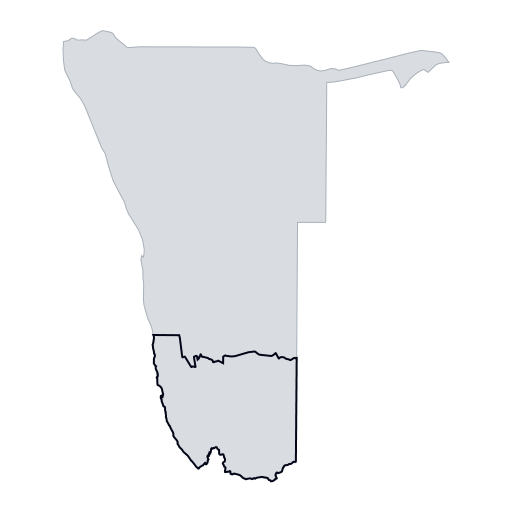 Karas on a map of Namibia (Equal Earth projection)
{"feature_id": "NAM-3338", "entity_name": "Karas", "entity_type": "Region", "adm_level": 1, "iso_a3": "NAM", "parent_name": "Namibia", "parent_adm1": "", "projection": "equal_earth", "projection_center": [17.311, -26.98], "detail": "fine", "context": "in_parent", "style": "outline", "palette": "ink", "viewbox_px": 512, "rotation_deg": 0, "n_neighbors": 0, "source": "natural_earth", "source_scale": "10m", "svg_char_len": 8720}
<svg xmlns="http://www.w3.org/2000/svg" viewBox="0 0 512 512"><path d="M395.5,56.5L401.6,54.9L407.5,53.4L414.3,51.9L419.7,50.7L421.1,50.4L434.1,51.8L439.8,52.8L441.8,53.8L444.3,56.3L449.0,62.4L447.8,62.2L439.0,63.5L435.6,65.1L428.1,72.3L426.5,71.4L424.7,69.9L423.2,69.5L419.9,71.2L416.6,73.3L413.0,76.2L410.0,79.1L409.0,80.6L404.3,86.5L402.7,87.5L401.4,87.9L400.8,87.6L400.3,85.1L397.5,79.1L393.0,71.3L391.7,70.6L390.8,70.3L387.3,70.7L377.4,72.9L369.1,74.7L356.3,77.9L342.5,80.5L334.1,82.0L326.7,82.5L326.7,90.2L326.6,105.8L326.5,121.3L326.4,136.9L326.2,152.4L326.1,167.9L326.0,183.3L325.9,198.8L325.8,214.2L325.7,220.9L325.5,222.4L321.3,222.4L311.9,222.4L303.9,222.4L297.5,222.4L297.5,231.5L297.4,242.3L297.3,253.1L297.3,263.9L297.2,274.7L297.1,285.4L297.1,296.2L297.0,306.9L296.9,317.6L296.9,325.7L296.9,326.6L296.8,342.3L296.6,358.9L296.5,375.4L296.4,391.9L296.2,408.3L296.1,424.8L296.0,441.1L295.8,457.5L295.8,462.7L293.0,462.6L287.3,464.6L283.7,467.2L282.1,470.4L280.0,472.3L277.4,473.0L276.2,474.6L276.5,477.2L275.5,479.2L273.2,480.5L269.5,480.1L264.4,478.0L257.8,477.5L249.9,478.6L244.2,478.1L240.7,475.9L237.0,474.6L233.1,474.3L230.8,473.4L226.2,471.7L225.3,468.9L224.8,466.8L223.5,464.5L223.3,462.7L224.4,461.3L224.5,459.1L223.8,456.0L222.5,454.5L220.7,454.6L219.5,453.4L219.1,451.0L218.0,449.1L215.4,447.2L212.1,448.6L210.5,450.8L209.5,454.1L208.7,455.8L208.3,458.6L208.1,460.6L207.2,462.7L206.3,463.6L205.4,463.2L203.7,464.0L199.8,467.1L198.8,468.8L195.7,465.8L186.6,454.6L183.4,451.7L178.6,444.8L168.1,423.5L166.6,419.4L164.6,409.0L162.2,401.4L161.9,396.9L163.0,394.4L162.3,391.0L161.1,388.0L157.5,384.0L156.4,370.6L154.0,362.0L154.4,354.9L153.2,348.3L153.1,344.2L153.6,336.2L151.6,327.1L147.6,318.1L144.0,305.2L143.4,299.5L143.7,284.2L143.0,278.0L142.9,270.6L141.5,263.0L140.9,258.9L141.8,255.6L142.4,256.6L143.5,257.1L144.1,252.7L144.2,248.9L142.4,239.3L138.4,229.5L128.4,213.6L126.0,207.5L124.6,202.5L113.4,181.4L108.6,166.5L105.2,153.6L101.6,147.7L84.6,105.7L80.8,99.0L74.1,91.0L72.5,88.3L69.9,80.6L64.8,70.4L63.5,60.8L63.0,49.9L63.6,41.5L68.1,40.7L71.3,38.4L74.1,38.3L77.0,40.0L80.0,40.1L81.1,39.9L86.5,40.1L89.6,38.1L93.2,36.1L95.3,34.4L98.3,32.6L102.2,30.7L104.5,30.9L107.2,31.6L110.9,32.3L113.0,33.5L115.4,37.4L119.2,40.9L122.0,43.0L125.3,45.8L126.2,46.9L127.6,47.5L128.5,47.6L134.4,47.2L139.8,46.8L145.6,46.8L156.5,46.9L167.5,46.9L178.4,46.9L189.3,46.9L200.2,47.0L211.1,47.0L222.0,47.0L233.0,47.0L237.4,47.0L245.2,47.2L253.4,47.3L254.3,47.5L255.2,48.2L256.0,48.9L258.9,53.8L262.6,58.9L265.6,61.3L269.3,62.8L272.8,63.3L276.0,63.0L281.3,63.6L288.8,65.3L296.6,65.7L304.6,65.1L310.3,66.0L313.5,68.5L316.9,70.2L320.3,71.0L324.9,70.5L330.8,68.6L335.7,68.9L338.0,70.3L339.4,70.3L348.0,68.3L354.9,66.7L365.3,64.1L373.9,61.9L386.6,58.8L395.5,56.5Z" fill="#d9dde1" stroke="#a8b0b8" stroke-width="1"/><path d="M220.7,454.8L219.8,454.6L219.2,453.8L219.1,452.0L219.1,451.2L219.1,450.4L218.9,449.7L218.2,449.5L217.7,449.2L217.3,448.5L217.0,447.8L216.6,447.2L216.3,447.1L216.0,447.1L215.5,447.2L215.2,447.4L214.2,448.2L213.5,448.0L213.2,448.1L212.8,448.6L212.5,448.8L212.2,448.7L211.9,448.3L211.7,448.2L211.5,448.4L211.1,449.0L210.8,452.0L210.6,452.4L210.4,452.4L209.8,452.3L209.7,452.2L209.4,452.3L209.4,452.5L209.5,452.7L209.9,453.4L210.0,453.7L209.5,453.8L209.0,453.8L208.8,453.9L208.7,454.3L208.8,454.5L209.0,454.9L209.1,455.3L209.1,455.8L208.8,456.0L208.6,455.9L208.3,455.7L208.0,455.6L207.6,455.8L207.4,456.5L207.5,457.2L207.7,457.8L208.3,458.9L208.5,459.5L208.2,459.8L207.8,460.2L207.7,460.9L207.7,461.7L207.6,462.3L207.3,463.0L206.8,463.8L206.2,464.3L205.8,464.2L205.7,463.9L205.6,463.4L205.5,463.0L205.2,462.8L204.9,463.0L202.9,465.4L201.8,465.8L201.1,466.3L200.3,466.8L199.8,467.1L199.3,467.6L199.1,468.1L198.7,468.5L198.0,468.4L197.7,468.1L196.0,466.5L195.1,465.3L194.7,464.6L191.8,461.1L191.3,460.9L191.1,460.6L189.4,458.0L187.6,455.5L184.0,452.4L183.2,451.5L181.8,449.4L179.8,447.5L179.4,447.0L178.6,445.4L177.7,444.2L177.5,443.6L177.7,442.8L177.7,442.5L177.4,441.3L176.6,440.1L173.8,436.8L173.5,436.2L173.3,435.3L173.3,433.4L173.3,433.1L173.1,432.6L170.4,427.6L170.0,426.4L169.7,425.8L169.2,425.5L169.0,425.2L168.1,423.3L167.0,421.5L166.8,421.1L166.4,418.2L166.3,417.9L166.1,417.6L165.9,417.3L165.9,416.8L166.0,415.3L165.6,412.9L165.8,412.4L165.3,411.0L165.1,410.3L165.0,409.5L165.1,407.9L164.9,407.2L164.5,406.6L164.3,406.5L163.8,406.4L163.5,406.3L163.5,406.2L163.3,405.8L163.1,405.4L162.9,404.6L162.7,403.9L161.8,401.7L161.6,401.1L161.7,400.1L161.4,399.3L161.0,398.6L160.8,398.0L160.7,397.1L160.8,396.4L161.0,395.8L161.4,395.6L161.7,395.6L162.0,395.4L162.3,395.8L162.3,397.2L162.5,397.2L162.6,396.5L163.1,394.5L163.2,394.1L163.0,393.7L162.4,391.4L162.0,389.2L161.4,387.8L160.4,386.6L159.4,385.8L157.7,385.0L157.5,384.6L157.3,381.7L157.3,378.9L156.8,377.9L156.7,377.6L156.8,377.2L157.0,377.2L157.2,377.3L157.4,377.1L157.8,376.0L157.8,374.4L157.5,372.8L157.0,371.5L155.8,369.0L155.6,367.8L156.0,366.4L155.8,366.4L154.4,364.4L153.9,363.4L153.8,363.0L153.8,362.7L153.9,362.1L153.9,359.2L154.0,358.4L154.8,356.5L154.9,355.9L154.9,355.0L154.7,354.3L154.1,353.6L154.0,352.6L153.8,350.9L153.1,348.6L153.0,346.9L152.7,345.5L152.6,344.8L153.5,342.0L153.4,341.6L153.9,338.9L154.0,337.4L153.7,335.9L153.3,335.0L179.2,335.2L179.9,338.2L182.2,356.6L182.3,356.9L182.4,357.2L182.7,357.3L183.0,357.2L184.0,356.8L184.4,356.7L184.8,356.7L185.1,357.0L185.3,357.3L191.0,366.6L191.4,367.0L191.7,367.0L192.1,366.8L192.4,366.5L193.0,366.5L193.7,366.5L194.9,367.0L195.3,367.0L195.5,366.8L194.0,357.5L194.0,357.1L194.0,356.8L194.3,356.6L194.6,356.5L196.0,355.9L196.3,355.9L196.6,356.0L196.9,356.3L197.2,356.5L197.4,356.8L197.4,357.0L197.2,357.5L197.2,357.8L197.6,359.6L198.8,358.5L199.2,357.8L200.3,355.0L200.6,354.4L200.8,354.4L201.1,354.8L201.7,356.3L202.0,356.7L202.2,356.9L202.5,356.9L203.0,356.8L207.9,358.0L208.1,358.2L208.6,358.5L209.3,359.1L210.5,359.2L211.7,359.8L212.5,360.4L212.8,360.7L212.9,361.2L212.9,361.6L213.0,362.0L213.7,362.2L215.8,361.4L216.6,361.4L218.1,360.7L218.5,360.8L223.1,363.2L223.2,356.7L223.8,356.2L224.6,355.9L225.1,355.5L225.3,355.4L225.5,355.5L225.8,355.7L226.2,355.8L231.5,356.5L235.2,356.1L248.6,352.2L254.8,351.5L256.7,352.8L257.3,353.4L259.4,354.7L271.6,356.0L272.0,355.8L274.5,354.2L275.1,353.5L275.3,353.3L275.6,353.1L275.8,353.3L276.0,353.5L278.4,358.0L278.7,358.4L278.9,358.5L279.3,358.2L280.1,357.4L280.4,357.3L281.1,357.1L282.4,357.1L283.9,357.4L284.6,357.7L285.3,358.3L285.7,358.6L286.1,358.8L288.8,359.4L290.0,360.0L290.3,360.1L290.9,359.9L294.0,358.0L294.5,357.9L295.0,357.9L295.4,358.3L296.7,358.0L296.7,359.6L296.7,361.7L296.6,363.8L296.6,365.9L296.6,368.0L296.6,370.0L296.6,372.1L296.6,374.2L296.6,376.3L296.5,378.4L296.5,380.4L296.5,382.5L296.5,384.6L296.5,386.7L296.5,388.8L296.4,390.8L296.4,392.9L296.4,395.0L296.4,397.1L296.4,399.1L296.4,401.2L296.3,403.3L296.3,405.4L296.3,407.4L296.3,409.5L296.3,411.6L296.3,413.6L296.2,415.7L296.2,417.8L296.2,419.9L296.2,421.9L296.2,424.0L296.2,426.1L296.2,428.1L296.1,430.2L296.1,432.3L296.1,434.3L296.1,436.4L296.1,438.5L296.0,440.5L296.0,442.6L296.0,444.6L296.0,446.7L296.0,448.8L296.0,450.8L296.0,452.9L295.9,454.9L295.9,457.0L295.9,459.1L295.9,460.5L295.8,461.6L295.0,461.9L294.7,461.9L293.8,461.8L293.5,461.8L292.8,462.3L291.5,463.6L290.7,463.9L289.4,464.0L288.8,464.2L288.2,464.7L287.7,465.0L285.0,465.3L284.7,465.4L284.5,465.6L284.3,465.8L284.1,466.1L283.9,466.5L283.7,466.8L283.5,467.5L283.3,467.6L283.0,467.7L282.9,468.0L282.1,471.0L281.8,471.5L281.3,472.0L280.7,472.3L278.5,473.0L278.1,473.2L277.8,473.1L277.2,472.5L276.8,472.5L276.4,472.9L276.1,473.3L275.6,474.4L275.5,475.2L275.7,476.0L276.7,478.0L276.7,478.5L276.4,478.7L275.5,478.8L275.3,478.9L275.0,479.5L274.8,479.8L273.2,480.8L272.1,481.2L271.0,481.3L270.5,480.6L270.4,480.4L270.1,480.3L269.1,480.1L268.7,479.7L268.0,478.4L267.5,477.9L261.8,476.9L256.5,477.8L255.5,478.5L255.0,478.7L254.8,478.6L254.5,478.2L254.4,478.2L254.2,478.2L254.0,478.4L253.8,478.4L253.3,478.5L253.0,478.6L252.8,478.8L252.3,479.1L251.6,478.9L250.4,478.4L249.8,478.4L247.4,478.8L246.4,479.2L245.9,479.2L243.6,478.2L242.6,477.6L240.9,475.9L240.0,475.3L239.0,474.8L234.4,473.6L233.5,473.7L233.2,473.8L232.7,474.3L232.4,474.4L232.1,474.4L231.2,474.1L230.6,473.8L230.5,473.1L230.5,472.2L230.3,471.4L229.9,471.1L229.5,471.2L228.9,471.5L228.4,471.6L227.2,471.8L226.0,472.1L225.0,471.9L225.0,470.8L225.3,469.3L225.5,467.9L225.2,467.1L224.2,466.6L224.0,466.0L223.8,465.2L223.0,464.0L222.8,463.4L222.9,462.8L223.3,462.4L223.8,462.0L224.2,461.8L224.7,461.5L224.9,460.6L225.0,459.6L224.9,458.8L224.8,458.4L224.3,457.7L224.1,457.3L224.0,456.9L224.0,456.5L223.9,456.1L223.7,455.7L223.6,455.3L223.5,454.9L223.4,454.5L223.1,454.3L222.4,454.3L220.7,454.8Z" fill="none" stroke="#020617" stroke-width="2"/></svg>